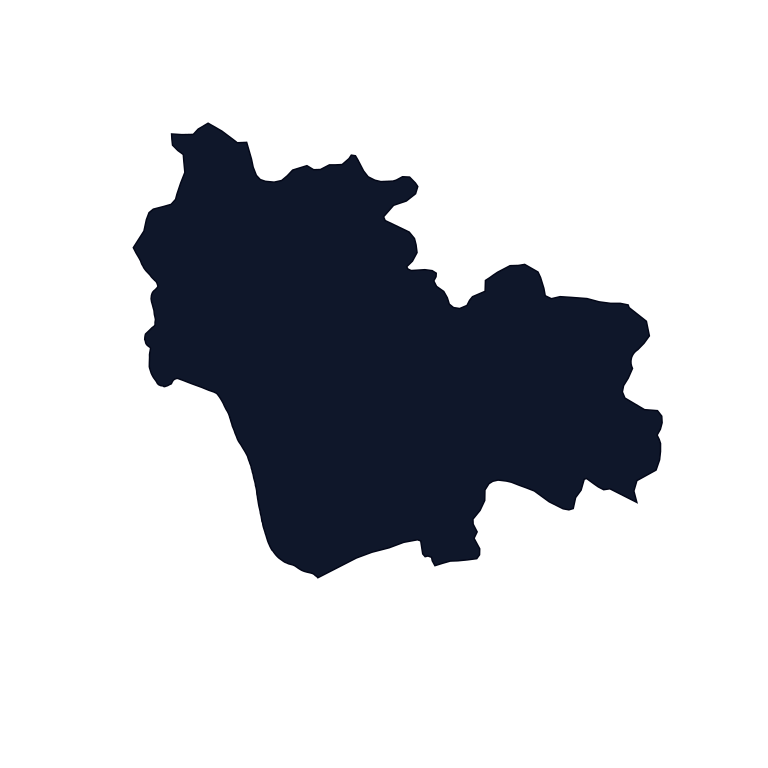 Qatana, Rif Dimashq, Syria (Equal Earth projection), rotated 290°
{"feature_id": "27442178B63011141740515", "entity_name": "Qatana", "entity_type": "district", "adm_level": 2, "iso_a3": "SYR", "parent_name": "Syria", "parent_adm1": "Rif Dimashq", "projection": "equal_earth", "projection_center": [36.018, 33.361], "detail": "fine", "context": "isolated", "style": "filled", "palette": "ink", "viewbox_px": 768, "rotation_deg": 290, "n_neighbors": 0, "source": "geoboundaries", "source_scale": "gbopen_adm2", "svg_char_len": 6026}
<svg xmlns="http://www.w3.org/2000/svg" viewBox="0 0 768 768"><g transform="rotate(290 384 384)"><path d="M583.6,344.8L587.2,337.3L585.1,330.5L579.8,325.8L577.7,323.0L573.1,311.8L572.4,305.7L573.3,298.2L577.2,292.0L583.8,284.8L584.5,284.0L584.7,283.8L585.3,283.2L585.6,282.8L585.9,282.5L588.7,279.1L587.9,275.0L583.8,274.0L575.9,269.6L573.3,263.4L571.2,257.7L563.8,250.9L561.3,244.6L562.8,236.9L553.8,225.0L546.6,221.9L540.2,218.2L536.1,211.7L533.9,203.2L533.8,197.8L536.4,192.7L543.0,186.9L550.1,182.5L564.1,172.3L560.5,163.6L561.3,161.3L566.2,145.2L568.9,129.5L560.0,122.2L553.3,119.4L549.2,108.8L546.3,98.9L541.6,100.9L536.1,103.6L532.9,110.4L531.0,116.9L525.5,119.4L514.7,124.5L503.3,124.2L491.6,124.5L486.2,125.0L480.0,122.5L475.5,116.3L469.4,107.4L464.7,104.6L457.2,104.5L445.6,106.1L426.4,101.8L426.1,102.1L425.1,103.2L422.3,106.2L418.8,110.5L416.4,113.2L414.9,114.4L413.6,115.6L412.0,117.6L411.2,118.3L410.3,119.6L409.1,121.4L406.9,125.8L406.4,126.8L405.0,128.9L404.2,130.5L403.6,131.8L402.9,133.2L402.4,134.7L401.2,136.1L398.7,138.1L397.7,138.1L396.4,137.7L394.2,136.7L392.7,135.8L391.0,135.2L389.7,135.1L389.0,135.1L387.5,135.2L386.4,135.5L384.4,136.0L381.7,137.5L379.1,139.4L376.9,140.9L374.4,142.7L372.1,143.8L370.3,144.7L370.0,145.0L369.2,145.5L366.6,147.1L365.0,147.5L363.8,147.7L362.5,148.2L361.3,148.6L360.1,148.4L359.1,147.8L357.4,146.7L354.2,145.2L350.4,143.3L349.3,142.8L347.6,143.0L346.2,143.3L344.0,143.9L342.9,144.9L341.0,146.1L340.0,147.2L339.3,148.5L338.7,150.4L338.4,151.8L337.9,152.3L336.7,152.6L335.8,152.8L333.3,153.2L331.4,153.6L328.8,154.6L323.9,156.2L320.1,157.5L318.9,158.2L317.6,159.2L316.3,160.2L314.6,161.5L313.2,162.9L312.4,163.8L311.2,165.2L309.8,167.3L309.0,168.5L308.2,169.6L307.0,170.9L307.0,171.0L306.3,172.3L306.2,173.6L306.1,174.9L306.5,176.4L306.5,177.5L306.3,178.2L306.6,178.9L307.8,180.4L308.5,181.3L309.6,182.2L311.5,184.1L313.1,184.2L314.2,184.4L315.5,184.7L316.9,185.6L318.5,187.5L318.7,188.7L318.7,192.5L318.7,194.5L318.6,197.6L318.5,202.8L318.5,208.3L318.5,214.0L318.4,216.3L318.2,221.6L318.3,226.8L318.0,229.5L317.7,230.5L317.0,231.6L315.7,233.6L314.2,235.6L312.8,237.3L310.7,239.7L308.9,241.4L306.0,244.5L304.6,246.3L302.8,248.2L300.6,250.0L299.8,250.5L298.5,251.6L296.5,253.0L294.5,254.6L292.7,255.8L289.0,259.2L286.7,261.0L284.8,262.8L283.9,263.6L282.1,265.1L280.5,266.8L279.5,268.1L278.2,270.0L277.0,271.5L275.5,273.3L274.4,274.7L272.9,276.6L271.3,278.4L269.5,280.4L267.5,281.9L266.0,283.1L264.8,284.2L263.7,285.0L261.5,287.0L259.6,288.1L258.1,289.3L256.1,290.5L254.6,291.7L252.8,292.8L251.4,293.6L250.1,294.5L247.9,296.1L246.0,297.3L244.9,297.8L244.7,297.9L242.6,299.4L242.2,299.6L240.9,300.4L240.0,300.9L238.2,301.7L238.1,301.8L237.1,302.2L235.2,303.4L233.2,304.4L232.2,305.0L230.4,306.0L228.4,307.1L226.2,308.4L225.0,309.2L224.1,309.8L221.9,311.2L220.0,312.2L217.7,313.8L215.9,314.8L214.7,315.5L213.3,316.2L212.0,317.4L210.1,318.4L208.3,319.6L206.6,320.9L204.7,322.4L202.7,323.8L201.4,324.9L200.0,325.9L198.7,326.9L197.1,328.1L195.2,329.7L195.0,329.9L193.9,331.0L192.5,332.3L191.2,333.7L189.7,335.4L189.0,336.9L187.9,338.4L186.5,340.6L185.5,342.5L184.6,344.5L184.0,346.5L183.4,348.7L182.9,350.4L182.6,352.0L182.6,353.5L182.4,355.8L182.6,357.8L182.8,360.1L182.7,362.1L182.1,364.6L181.5,366.7L181.1,368.7L180.8,370.2L180.7,372.0L180.7,373.5L180.9,376.0L181.2,378.3L181.4,380.2L181.5,381.6L181.2,383.5L180.5,385.0L180.1,386.7L179.3,388.1L211.1,417.6L221.8,430.2L231.9,444.9L232.6,445.7L242.0,456.7L249.1,468.8L249.1,472.2L241.4,476.4L237.6,478.5L235.8,481.7L237.4,484.1L237.4,488.0L234.4,489.8L230.7,494.0L235.6,500.4L240.3,506.9L243.1,513.8L247.1,522.2L251.6,530.9L256.2,532.2L261.9,530.3L269.8,521.4L276.9,522.1L282.8,515.7L287.4,513.8L298.1,517.5L309.0,518.5L318.9,515.1L319.3,515.2L326.2,516.7L329.8,519.5L332.7,524.0L333.5,527.2L334.7,532.4L335.3,537.4L335.1,545.6L335.1,553.2L334.9,561.9L333.9,565.3L329.8,579.5L328.0,595.0L329.0,600.8L331.7,604.4L342.8,602.9L351.7,605.5L363.0,604.7L364.5,606.7L362.0,615.3L360.6,620.5L359.8,626.6L362.8,632.1L359.2,662.1L368.9,655.4L379.7,654.7L396.2,669.1L407.0,668.9L415.2,666.9L422.7,664.2L426.1,661.5L429.4,658.1L436.0,659.2L442.7,658.6L448.8,656.0L452.5,650.1L449.0,637.6L453.2,615.2L458.1,610.7L464.4,609.7L473.0,611.5L483.6,612.2L483.9,611.9L484.1,611.8L484.2,611.6L484.4,611.5L484.5,611.3L484.7,611.2L484.9,611.0L485.1,610.9L485.2,610.7L485.4,610.6L485.6,610.5L485.8,610.3L485.9,610.2L486.1,610.1L486.3,610.0L486.5,609.9L486.7,609.7L486.9,609.6L487.0,609.5L487.2,609.4L487.4,609.3L487.6,609.2L487.8,609.1L488.0,609.0L488.2,608.9L488.4,608.8L488.6,608.8L488.8,608.7L489.0,608.6L489.4,608.4L489.6,608.4L489.8,608.3L490.0,608.2L490.4,608.1L490.6,608.1L490.8,608.0L491.0,608.0L491.2,607.9L491.5,607.9L491.9,607.8L492.1,607.8L492.3,607.7L492.5,607.7L492.9,607.7L493.1,607.6L493.3,607.6L493.6,607.6L493.8,607.6L494.0,607.6L494.4,607.6L494.6,607.6L494.8,607.6L495.0,607.6L495.3,607.7L495.5,607.7L495.9,607.7L496.1,607.7L496.3,607.8L496.5,607.8L496.9,607.9L497.1,607.9L497.4,608.0L497.6,608.0L497.8,608.1L498.0,608.1L498.4,608.3L498.6,608.3L498.8,608.4L499.0,608.5L499.4,608.6L499.6,608.7L499.8,608.8L500.0,608.9L500.2,609.0L500.4,609.1L500.6,609.2L500.8,609.3L501.0,609.4L501.2,609.5L501.3,609.6L501.5,609.7L501.7,609.8L501.9,609.9L502.1,610.0L502.3,610.2L502.4,610.3L502.6,610.4L502.8,610.5L503.0,610.7L511.2,614.4L520.0,616.9L532.7,609.1L539.6,588.2L541.8,586.4L540.6,578.4L537.3,569.4L534.8,558.1L533.7,545.5L529.4,530.2L526.3,519.6L521.4,512.1L522.1,505.3L528.6,501.5L537.6,494.7L541.9,490.4L544.5,475.3L541.4,469.8L538.3,462.0L527.9,452.5L523.5,449.3L520.1,447.0L516.0,443.9L505.7,447.3L496.3,437.3L491.9,435.8L486.2,435.1L480.8,429.3L480.2,426.2L479.6,423.2L481.4,418.0L486.7,414.0L491.4,408.5L493.7,400.0L497.9,395.5L502.6,396.2L506.0,395.2L507.0,390.5L505.4,383.3L502.2,376.0L499.9,370.7L500.2,367.2L501.9,365.2L509.2,368.7L518.8,370.1L525.8,366.5L531.1,362.9L535.4,355.7L538.0,329.2L541.0,326.4L555.2,331.9L563.6,342.4L573.6,348.6L581.1,348.2L583.6,344.8Z" fill="#0f172a" stroke="#020617" stroke-width="1.5"/></g></svg>